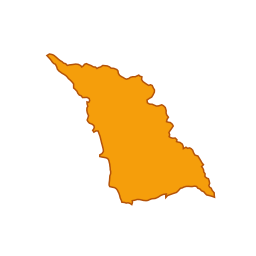 the district of Piracaia, São Paulo, Brazil, rotated 239°
{"feature_id": "56859067B75407524474731", "entity_name": "Piracaia", "entity_type": "district", "adm_level": 2, "iso_a3": "BRA", "parent_name": "Brazil", "parent_adm1": "São Paulo", "projection": "mercator", "projection_center": [-46.293, -23.043], "detail": "fine", "context": "isolated", "style": "filled", "palette": "amber", "viewbox_px": 256, "rotation_deg": 239, "n_neighbors": 0, "source": "geoboundaries", "source_scale": "gbopen_adm2", "svg_char_len": 3163}
<svg xmlns="http://www.w3.org/2000/svg" viewBox="0 0 256 256"><g transform="rotate(239 128 128)"><path d="M24.1,166.5L26.1,167.4L28.1,168.5L31.1,168.0L33.6,168.3L35.1,167.5L37.0,167.6L38.5,169.5L40.8,170.3L43.1,170.8L44.5,169.7L46.7,168.9L49.1,170.5L51.3,170.3L53.2,171.2L55.1,171.4L57.0,171.2L57.7,173.8L60.2,173.4L62.1,173.5L63.6,173.5L65.5,173.5L68.0,173.5L70.2,171.5L72.3,171.4L73.8,171.6L75.6,172.0L77.7,171.5L79.2,170.6L79.9,168.6L81.7,167.8L81.8,164.8L84.0,165.9L86.3,166.2L88.9,165.1L90.1,163.7L91.4,162.6L92.7,163.9L95.1,163.3L96.1,161.2L97.6,159.7L99.4,158.8L100.8,160.3L103.0,160.7L104.0,162.5L105.1,165.1L106.4,167.8L108.4,167.9L110.9,167.1L112.2,165.5L113.6,164.3L115.3,165.9L116.4,168.2L119.2,167.9L121.3,168.4L123.3,169.7L126.4,170.5L128.7,169.9L130.5,168.9L131.2,165.6L132.1,163.7L133.7,162.5L136.0,160.9L137.3,158.8L139.7,157.6L142.2,158.7L142.4,161.5L142.3,164.2L143.6,166.7L145.2,169.1L147.0,170.3L149.2,170.3L152.0,170.6L153.5,169.5L153.8,167.7L155.8,166.6L158.0,165.6L160.1,164.7L162.6,164.6L164.7,166.3L166.3,164.9L167.8,164.5L168.0,162.8L168.2,160.6L169.5,158.5L170.2,156.2L170.0,154.4L170.6,151.9L171.9,150.8L173.7,149.9L175.3,148.9L177.5,147.9L179.9,147.9L182.1,148.8L183.9,148.5L186.4,146.6L188.0,144.3L189.9,143.6L191.9,142.2L193.4,140.2L194.6,138.6L194.4,136.0L195.0,133.9L195.0,132.0L197.0,131.5L198.2,129.8L200.4,128.6L202.8,126.7L204.6,125.5L205.0,123.5L204.3,121.8L204.1,119.8L205.8,119.6L208.2,118.1L209.7,116.1L210.4,114.5L211.2,112.6L212.3,110.2L212.9,108.2L215.2,107.7L216.8,106.2L218.9,105.6L220.4,104.7L222.7,103.8L225.7,102.9L228.2,102.0L229.6,101.2L230.8,100.0L231.9,98.8L231.9,95.8L228.5,96.5L226.3,96.9L223.4,97.1L221.5,97.6L220.0,98.6L218.3,98.5L216.7,98.3L214.9,97.8L212.6,98.1L209.0,99.6L206.7,100.9L204.7,101.8L203.0,102.2L201.0,102.4L198.7,103.2L196.6,103.7L193.9,104.1L192.5,103.3L190.3,102.0L188.5,102.6L185.7,103.2L183.6,102.9L181.4,103.2L179.7,104.5L177.5,104.7L176.4,106.7L175.3,108.7L173.2,109.9L171.1,109.2L170.2,107.5L171.5,106.3L169.7,105.3L167.3,104.8L166.3,103.1L164.1,101.7L161.8,100.9L158.8,100.5L157.6,99.2L155.9,97.1L154.2,97.0L152.1,97.4L149.8,99.2L147.7,100.0L146.0,99.5L144.8,98.1L144.2,96.5L142.0,96.6L142.0,99.1L140.8,100.8L135.1,99.7L128.5,97.6L126.9,97.2L125.0,96.6L122.7,95.9L120.6,94.9L119.4,92.5L119.5,90.0L118.1,89.1L116.7,90.5L114.8,92.7L113.5,94.1L112.0,94.9L110.2,94.9L108.3,94.3L106.4,93.7L104.7,92.9L103.0,92.2L101.4,91.3L99.5,90.7L97.7,89.5L96.3,87.8L94.6,86.6L92.6,85.2L90.5,83.5L88.8,82.4L87.2,82.2L85.2,84.2L83.8,85.8L81.9,86.7L79.9,86.9L78.3,86.7L76.7,86.6L74.5,86.1L72.0,85.3L69.4,85.0L67.6,84.5L66.0,86.6L64.6,87.8L63.8,89.6L62.3,90.9L60.4,91.8L61.8,93.4L63.5,94.2L62.7,96.4L62.0,99.1L60.7,101.1L59.6,102.3L58.0,103.9L56.4,106.1L55.7,107.7L55.5,109.8L55.1,111.9L53.6,115.0L53.2,118.0L53.3,121.3L52.9,124.1L51.7,126.8L50.6,125.5L48.9,124.6L49.7,127.1L49.4,128.8L49.0,130.9L48.6,132.9L48.2,134.6L47.8,136.4L48.2,138.3L49.3,141.9L48.7,143.6L48.6,145.4L48.0,147.7L46.7,150.0L45.7,151.3L44.7,152.9L43.9,155.1L42.5,156.7L40.5,156.8L38.7,158.2L36.3,158.7L34.4,160.1L32.0,160.5L30.2,160.9L28.0,163.1L26.1,164.9L24.1,166.5Z" fill="#f59e0b" stroke="#b45309" stroke-width="1.5"/></g></svg>